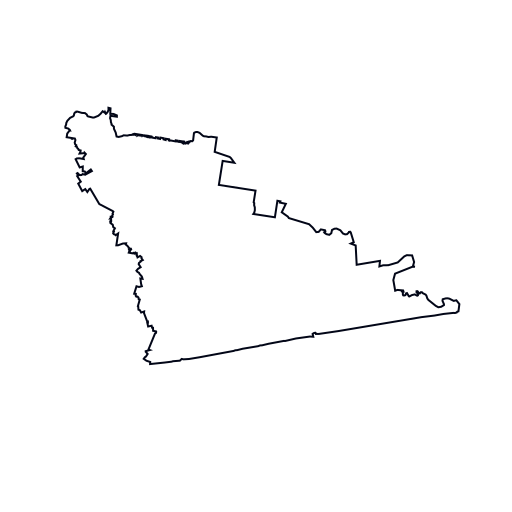 Cárdenas, Tabasco, Mexico, rotated 189°
{"feature_id": "50627088B51271489460916", "entity_name": "Cárdenas", "entity_type": "district", "adm_level": 2, "iso_a3": "MEX", "parent_name": "Mexico", "parent_adm1": "Tabasco", "projection": "orthographic", "projection_center": [-93.625, 18.169], "detail": "fine", "context": "isolated", "style": "outline", "palette": "ink", "viewbox_px": 512, "rotation_deg": 189, "n_neighbors": 0, "source": "geoboundaries", "source_scale": "gbopen_adm2", "svg_char_len": 6097}
<svg xmlns="http://www.w3.org/2000/svg" viewBox="0 0 512 512"><g transform="rotate(189 256 256)"><path d="M464.3,352.8L461.4,352.5L459.6,351.4L459.3,350.9L459.7,350.9L461.6,347.4L461.6,343.7L456.2,343.7L456.2,343.0L455.6,343.0L454.6,343.7L453.3,343.7L452.5,342.3L452.8,339.6L452.1,338.1L450.8,337.3L451.2,336.1L449.9,335.7L449.2,334.4L448.3,334.0L447.7,333.0L445.7,332.8L445.7,331.5L446.3,329.6L441.7,330.7L441.6,331.3L440.0,330.1L442.0,326.2L441.3,324.8L445.4,324.9L448.1,324.4L449.3,323.4L444.0,315.9L441.1,317.3L440.4,312.6L438.3,312.7L436.9,311.1L432.7,315.6L431.4,314.2L437.4,309.6L437.8,310.1L439.1,309.6L440.0,309.8L441.0,308.7L442.3,308.4L443.3,308.6L445.2,310.0L445.8,309.5L444.1,307.7L445.1,306.9L440.7,302.0L442.9,299.7L437.8,292.9L435.1,295.4L432.6,292.8L431.0,296.2L430.3,296.6L418.9,282.8L404.6,278.0L403.8,277.5L404.3,275.3L403.8,274.7L404.3,273.6L404.0,272.8L405.2,272.3L404.4,271.7L405.6,270.9L405.9,270.2L405.2,270.4L404.6,268.7L405.3,267.7L404.7,267.4L405.0,266.8L404.6,266.7L404.8,265.7L402.4,264.5L401.5,262.2L399.7,261.3L400.7,258.5L400.8,257.9L400.2,257.8L400.6,256.0L399.8,255.3L398.5,255.1L397.9,254.6L395.7,256.7L395.6,244.7L393.9,245.0L389.4,247.5L386.3,248.2L386.5,247.0L384.6,245.9L382.1,243.6L381.0,243.6L381.1,243.3L380.4,242.9L380.6,242.4L380.1,241.9L381.4,242.6L381.5,242.0L382.2,242.1L381.5,240.9L381.9,240.9L382.2,239.4L378.3,239.3L377.6,239.9L376.7,239.3L376.2,240.1L375.8,239.9L375.4,240.5L374.5,239.8L374.2,240.0L374.0,239.3L374.4,238.8L374.2,238.4L374.0,238.7L372.8,236.1L370.5,237.9L368.8,236.9L368.7,235.7L367.2,234.3L369.2,232.9L369.0,232.5L370.5,230.8L370.6,229.6L368.2,226.9L370.5,224.9L371.8,222.8L370.7,221.8L368.9,221.1L368.3,220.2L365.6,217.9L364.9,216.6L364.5,215.7L366.7,215.7L365.1,210.4L364.0,208.3L366.7,207.1L369.3,207.4L370.4,199.7L368.8,199.8L368.6,197.9L367.8,197.1L366.7,197.4L365.6,196.6L365.1,195.0L364.0,194.8L364.8,188.0L364.5,187.9L363.7,184.6L362.2,184.3L360.6,182.2L357.8,183.7L357.7,182.1L353.0,173.9L352.5,174.2L352.3,173.2L352.9,173.0L351.5,169.5L348.2,170.8L347.4,168.9L346.5,169.0L345.9,166.0L342.9,165.9L342.7,165.5L342.8,164.3L343.6,163.7L347.6,146.8L346.2,146.5L350.8,144.4L350.2,144.4L347.7,142.3L349.0,139.4L349.9,138.7L350.8,136.9L347.8,135.4L343.9,134.8L343.7,132.7L329.5,136.5L322.9,138.4L321.5,139.1L314.8,140.7L313.3,142.7L311.4,142.6L306.0,143.8L295.8,147.2L263.1,158.8L261.8,159.6L259.8,160.1L254.7,162.3L239.7,167.3L238.0,168.3L236.1,168.7L229.8,171.3L215.2,176.5L214.0,176.6L203.6,180.8L190.1,184.9L186.8,185.2L187.9,187.9L187.0,188.8L185.5,189.5L184.7,189.0L184.6,188.4L181.6,188.9L163.0,194.7L83.0,221.5L70.4,225.1L61.7,228.1L52.1,230.7L50.6,230.8L48.9,231.6L48.6,232.4L47.4,233.0L47.6,240.3L51.2,243.6L53.7,242.6L58.3,244.1L60.1,244.2L62.0,243.8L64.8,242.5L64.8,240.9L62.8,237.8L62.7,236.9L65.2,234.8L67.9,233.9L70.7,234.9L78.9,239.6L80.1,240.8L81.5,243.5L82.4,244.4L85.6,245.4L86.3,246.1L87.4,246.1L88.4,244.6L89.3,245.0L91.0,246.5L91.9,246.3L91.8,245.3L90.1,244.0L89.9,242.5L90.6,242.0L93.2,242.9L93.7,242.7L95.9,241.8L98.2,240.0L98.7,240.1L101.1,243.0L101.9,242.6L102.3,240.7L103.7,240.1L104.5,240.2L105.0,241.2L105.2,242.9L106.4,243.9L106.2,244.3L104.9,244.2L105.3,245.0L111.1,244.6L113.1,243.5L116.6,253.7L115.9,260.3L99.9,269.8L97.4,270.2L99.4,270.5L98.9,274.8L101.9,281.0L107.2,280.4L109.5,278.8L115.0,271.8L123.9,267.6L129.0,266.7L132.5,265.0L132.8,270.6L155.2,263.1L159.2,282.0L164.3,283.1L161.6,284.9L166.1,294.1L166.8,294.7L167.9,294.3L167.9,293.9L169.5,291.8L171.3,291.3L173.6,291.8L176.7,294.6L180.7,295.7L182.8,295.2L185.0,293.6L185.2,290.3L186.9,288.4L189.9,288.6L191.8,289.5L192.4,290.1L191.3,291.0L191.5,291.6L191.8,292.2L193.1,292.3L196.1,292.4L197.9,289.6L200.2,289.0L204.4,292.9L208.5,295.7L229.5,298.6L230.7,299.9L237.4,303.2L234.7,312.2L240.8,312.5L240.5,313.8L243.5,313.9L243.4,297.2L265.2,297.1L264.5,298.6L264.3,301.1L264.8,303.9L265.8,305.9L266.0,308.0L266.7,308.6L266.7,320.5L303.8,320.4L303.8,344.7L292.0,344.7L296.1,348.8L297.5,349.7L313.1,352.4L313.3,366.9L318.9,366.8L321.5,366.1L324.0,366.3L326.1,366.1L327.4,366.5L331.0,368.8L333.1,369.3L334.6,369.1L336.2,368.2L336.5,367.7L336.2,360.3L337.1,359.3L338.3,359.4L339.1,359.0L339.5,357.9L340.4,357.2L340.8,355.7L341.0,357.7L341.5,357.8L341.6,356.5L342.0,356.5L341.6,357.8L342.5,357.3L342.5,356.8L343.5,355.9L343.9,356.0L343.9,356.5L344.5,356.1L344.5,356.4L345.0,356.3L345.0,357.8L345.3,357.8L345.3,355.9L345.7,355.9L345.7,356.5L346.2,356.5L346.2,357.7L346.6,357.7L346.6,356.5L347.0,356.5L347.0,357.7L347.7,357.7L347.7,357.2L348.0,357.2L348.5,357.2L348.6,357.7L348.6,356.8L349.4,356.7L349.4,357.7L349.8,357.7L350.0,356.7L351.9,356.8L351.9,357.7L352.6,357.7L352.7,356.3L352.9,357.7L353.4,357.7L353.4,356.6L359.6,356.8L359.6,356.4L360.2,356.5L360.2,357.7L363.5,357.7L363.4,356.4L365.6,356.7L365.7,357.9L368.9,358.0L369.0,356.6L371.2,356.7L371.2,357.7L373.5,357.7L373.6,356.6L374.3,356.6L377.1,356.7L377.1,357.1L378.1,357.1L378.1,357.7L379.6,357.7L379.5,356.4L381.3,356.6L381.4,357.8L381.7,357.8L381.7,356.6L382.0,356.6L382.0,357.8L382.3,357.8L382.3,356.6L382.7,356.7L382.7,357.7L383.5,357.7L383.4,357.0L383.8,356.9L384.0,357.7L385.5,357.7L385.6,357.1L386.8,357.4L387.1,357.0L387.4,357.7L388.5,357.7L388.2,356.9L388.4,356.9L389.0,357.7L388.5,356.9L389.2,356.8L390.0,357.7L390.5,357.7L389.7,356.2L390.4,357.1L391.6,357.6L391.0,357.2L392.0,356.4L392.1,357.7L393.9,357.7L394.1,356.7L394.4,356.8L394.3,357.7L395.3,357.7L396.2,357.2L395.9,355.6L396.3,357.0L396.7,357.0L397.8,356.1L399.5,355.8L402.0,354.8L405.6,354.5L407.1,353.4L410.3,352.1L412.4,352.2L413.9,356.0L416.2,359.4L416.6,361.5L419.2,363.1L419.4,364.1L420.2,365.4L420.7,367.5L421.7,369.3L421.7,371.7L415.2,371.8L415.4,373.1L418.9,374.0L422.2,373.7L422.8,379.1L424.9,379.3L424.5,377.0L425.1,375.0L426.2,373.1L426.5,372.9L427.8,374.8L428.1,374.0L430.1,375.0L431.8,372.1L433.7,369.8L437.5,367.5L438.7,367.2L443.7,367.6L444.3,367.8L445.3,369.3L447.3,370.4L450.3,370.1L455.0,370.7L456.1,370.5L456.2,370.0L457.4,369.3L457.8,368.2L457.9,366.2L458.4,365.4L461.2,363.4L463.5,360.0L464.2,357.7L464.1,356.1L464.6,354.1L464.3,352.8Z" fill="none" stroke="#020617" stroke-width="2"/></g></svg>